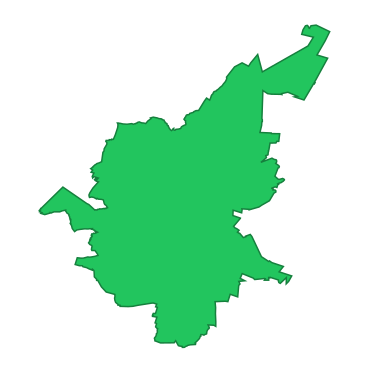 Zempoala, Hidalgo, Mexico, rotated 84°
{"feature_id": "50627088B89511183643181", "entity_name": "Zempoala", "entity_type": "district", "adm_level": 2, "iso_a3": "MEX", "parent_name": "Mexico", "parent_adm1": "Hidalgo", "projection": "equal_earth", "projection_center": [-98.684, 19.926], "detail": "fine", "context": "isolated", "style": "filled", "palette": "green", "viewbox_px": 384, "rotation_deg": 84, "n_neighbors": 0, "source": "geoboundaries", "source_scale": "gbopen_adm2", "svg_char_len": 6093}
<svg xmlns="http://www.w3.org/2000/svg" viewBox="0 0 384 384"><g transform="rotate(84 192 192)"><path d="M152.0,103.4L150.5,102.4L150.7,100.4L143.2,98.7L142.2,107.0L141.6,107.0L139.9,118.2L133.1,115.8L129.6,115.2L129.4,114.7L127.4,114.5L126.3,114.8L98.5,110.9L102.1,106.5L103.0,102.8L104.1,93.9L104.5,92.4L103.5,92.6L102.8,86.2L107.8,77.2L108.1,80.2L112.2,71.0L97.4,60.0L97.1,59.7L97.4,59.1L96.2,58.3L96.1,59.0L73.1,43.1L68.8,53.4L55.5,43.7L46.9,38.3L39.0,51.1L39.1,56.3L40.8,57.6L41.0,58.1L41.4,58.1L41.2,58.5L39.0,59.3L38.3,60.0L38.6,61.8L42.2,64.6L46.7,66.4L50.7,55.1L58.9,61.4L79.9,109.5L62.1,112.3L69.7,120.1L72.8,122.6L68.8,128.7L72.0,136.6L81.4,145.7L82.5,145.5L84.5,146.4L86.4,147.9L87.5,149.2L89.5,150.9L90.8,153.0L92.5,155.1L93.5,157.0L94.0,157.3L94.5,159.6L95.4,160.4L96.4,160.8L97.5,162.2L98.7,163.0L98.9,162.9L102.5,164.8L100.1,167.7L102.9,170.2L111.6,176.9L111.5,179.5L112.3,181.8L112.9,182.2L113.6,186.0L114.3,186.4L114.7,187.1L114.7,188.8L115.1,189.7L116.7,190.6L117.2,191.3L117.9,191.5L118.7,192.4L119.8,191.8L120.5,190.9L121.7,191.2L123.7,190.9L124.4,191.2L125.1,193.6L126.0,195.5L126.6,196.1L127.6,196.5L128.0,198.7L128.0,201.5L128.5,201.9L128.8,202.6L128.6,203.3L127.8,203.7L126.8,203.5L127.0,204.1L128.0,204.9L128.8,205.9L128.0,206.9L125.9,208.1L125.0,208.3L124.4,208.7L123.6,208.7L122.6,209.8L121.3,209.8L120.2,211.5L119.5,211.5L118.3,212.2L117.6,212.3L116.9,214.1L116.3,214.3L116.0,215.0L115.5,217.3L114.7,218.8L113.5,222.7L114.0,225.6L114.8,225.1L116.7,228.4L119.1,230.9L118.4,232.6L118.0,234.8L116.8,237.1L117.0,238.5L117.4,239.4L117.7,239.5L117.9,240.8L118.2,241.0L118.2,242.2L118.5,243.3L117.7,244.7L117.8,249.5L117.1,253.6L116.2,256.2L116.2,257.0L115.8,257.5L115.6,259.0L116.8,258.6L118.0,258.7L120.2,259.2L127.3,262.4L131.4,264.7L131.1,266.4L131.7,266.5L131.3,268.8L132.0,269.0L131.7,272.0L131.9,272.1L132.8,272.4L133.8,271.5L135.6,271.7L139.8,274.8L142.1,275.3L142.8,275.9L143.1,276.4L152.4,278.7L153.3,281.2L153.8,283.7L154.2,284.1L154.9,285.7L156.7,288.1L156.9,288.0L158.2,290.3L159.8,288.5L161.8,290.3L162.9,287.6L166.1,289.6L167.7,289.3L166.5,287.9L167.6,285.4L169.5,287.7L170.2,287.2L168.0,284.6L168.4,283.7L170.8,286.5L171.2,286.1L172.1,284.0L177.7,290.1L182.2,293.7L184.2,294.8L186.0,294.7L186.7,294.5L186.5,292.2L187.3,289.9L188.3,288.7L189.0,287.5L188.4,287.0L189.3,285.9L189.9,282.7L190.6,281.0L194.2,280.5L195.4,280.0L195.7,279.4L196.9,278.5L198.6,277.7L198.6,278.1L198.9,278.0L199.4,279.2L199.1,279.6L199.6,280.5L199.1,281.0L199.4,283.8L199.1,285.9L199.5,286.2L199.4,287.8L200.0,288.4L199.6,289.7L199.8,290.5L193.6,296.0L192.6,297.7L173.6,319.9L192.4,343.6L192.5,344.2L192.9,344.4L193.1,344.2L194.3,345.7L194.9,344.8L195.7,345.7L196.8,343.5L197.5,344.5L199.1,340.8L198.2,335.7L197.6,335.4L198.2,334.4L197.3,331.3L197.9,325.5L197.2,323.1L196.8,319.5L197.8,319.7L198.3,319.2L199.6,318.8L200.8,317.4L201.8,316.7L202.6,316.9L203.9,316.3L205.1,316.4L206.5,315.4L206.8,315.5L207.0,316.1L207.7,315.6L209.6,315.9L210.6,316.4L211.0,315.9L211.1,316.1L212.9,315.3L215.8,314.9L219.1,312.9L217.7,310.5L217.5,307.5L217.4,302.6L217.9,299.2L217.8,297.9L218.0,295.0L218.5,295.4L218.5,295.1L219.6,293.7L219.8,292.9L221.0,292.0L221.1,292.4L221.5,292.1L221.1,291.7L222.1,290.1L222.8,292.2L223.0,293.0L222.7,294.3L223.4,295.2L223.2,296.0L224.5,296.7L225.1,296.0L225.5,296.4L225.9,296.1L226.9,297.4L227.0,297.1L228.2,298.2L228.4,297.8L229.0,298.4L229.1,298.0L231.8,300.2L233.5,299.1L234.7,297.3L236.1,297.1L236.4,297.4L238.6,298.0L239.7,297.7L240.1,294.6L243.6,292.6L245.3,292.1L245.5,293.7L245.8,294.9L246.1,299.0L246.1,300.8L245.7,302.4L246.4,307.0L246.2,309.3L245.4,313.0L251.9,315.8L253.5,311.8L253.9,308.7L254.9,308.3L256.2,304.7L257.6,302.6L259.3,299.3L258.4,299.1L259.4,298.1L259.8,297.8L261.2,297.7L266.2,298.0L268.6,296.1L269.9,296.1L270.0,295.0L276.9,292.0L282.5,287.8L285.8,279.4L288.2,279.6L289.4,280.1L291.7,280.0L293.8,279.5L296.1,277.3L296.7,277.5L297.2,275.3L298.2,275.5L299.3,267.4L299.5,262.7L299.0,257.5L298.3,243.6L298.4,242.0L299.8,238.8L302.4,240.2L303.1,238.5L309.0,241.0L308.7,243.2L310.4,244.2L310.7,243.7L311.6,244.2L311.9,243.1L311.9,242.6L312.2,242.1L312.8,240.0L318.3,242.4L318.7,241.5L319.2,241.0L322.3,242.3L323.8,241.2L324.4,240.4L325.5,241.0L327.7,241.1L328.4,241.3L329.5,242.4L330.3,242.3L331.9,243.2L333.3,244.6L333.8,244.7L335.4,244.3L336.1,244.5L338.8,239.1L340.1,225.5L338.2,223.8L343.4,221.6L343.9,220.4L344.5,217.9L345.5,217.9L345.7,215.8L344.8,214.1L344.6,213.0L344.1,212.2L344.0,211.4L343.8,209.7L344.0,204.5L343.0,204.2L342.4,204.7L340.5,202.2L338.5,199.9L336.3,198.8L336.3,198.3L334.7,198.1L335.0,196.2L335.6,195.1L334.9,193.7L334.7,192.4L333.6,192.0L333.0,192.1L331.3,191.3L329.9,190.1L329.6,189.3L329.2,189.4L328.5,189.0L325.9,189.9L326.8,184.2L328.1,182.4L323.5,181.9L315.4,181.4L309.5,180.6L303.5,180.5L304.1,170.4L304.8,167.8L297.7,164.7L301.1,157.5L289.8,155.3L288.5,153.9L285.8,154.8L285.8,148.7L282.9,153.1L278.4,150.6L284.0,140.1L285.6,138.8L285.6,129.0L285.9,128.2L287.3,129.2L287.7,124.9L285.1,124.7L285.6,123.6L285.0,123.3L288.5,115.3L289.6,115.4L291.1,115.1L292.1,113.8L287.0,107.1L293.2,107.9L291.1,105.3L285.9,101.6L280.5,113.7L275.6,108.9L270.6,119.9L268.6,122.2L269.1,123.0L263.6,129.7L242.5,137.1L240.3,138.5L241.5,143.2L242.0,143.0L242.7,145.7L238.0,148.9L238.1,149.3L236.7,151.0L235.0,149.2L233.1,151.4L232.2,153.0L230.5,154.2L223.2,146.6L223.3,146.0L219.7,153.8L214.4,153.0L217.9,144.8L214.7,144.0L214.0,144.1L215.3,136.3L215.6,136.5L213.9,126.9L212.4,124.1L208.8,115.9L201.7,110.6L200.8,108.6L199.5,108.5L198.7,109.2L198.4,111.2L197.6,110.9L196.7,112.2L196.4,112.0L195.6,108.8L196.4,107.1L193.2,105.7L193.4,105.0L193.2,104.8L192.6,104.6L192.5,105.0L192.2,104.3L192.1,102.7L190.8,100.1L189.6,98.8L189.1,98.9L188.0,100.4L188.5,103.3L188.5,104.3L188.2,105.0L185.0,107.9L177.1,103.9L176.9,103.0L175.9,102.5L175.2,102.7L174.5,103.3L172.3,105.8L171.5,105.0L170.7,104.6L169.4,104.6L168.8,104.9L168.0,107.2L166.7,108.9L169.7,120.4L165.6,114.4L163.5,114.8L163.1,112.8L162.9,112.5L160.7,112.1L159.6,111.6L159.1,111.8L158.4,111.2L151.5,109.3L152.0,103.4Z" fill="#22c55e" stroke="#15803d" stroke-width="1.5"/></g></svg>